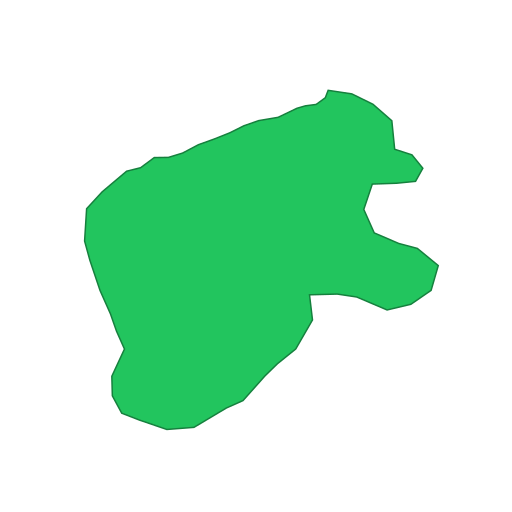 outline of Strongylos, Cyprus, rotated 336°
{"feature_id": "46923920B68545316730877", "entity_name": "Strongylos", "entity_type": "district", "adm_level": 2, "iso_a3": "CYP", "parent_name": "Cyprus", "parent_adm1": "", "projection": "mercator", "projection_center": [33.65, 35.172], "detail": "fine", "context": "isolated", "style": "filled", "palette": "green", "viewbox_px": 512, "rotation_deg": 336, "n_neighbors": 0, "source": "geoboundaries", "source_scale": "gbopen_adm2", "svg_char_len": 847}
<svg xmlns="http://www.w3.org/2000/svg" viewBox="0 0 512 512"><g transform="rotate(336 256 256)"><path d="M172.3,125.9L141.6,134.8L120.5,143.9L105.5,172.6L102.5,192.3L99.5,224.0L99.5,249.7L98.0,267.9L98.0,287.5L75.4,307.2L67.9,325.3L69.4,345.0L82.9,358.6L104.0,378.2L129.6,387.3L167.2,382.8L185.3,382.8L215.4,369.2L231.9,363.1L254.5,357.1L281.6,337.4L289.1,313.2L314.7,323.8L331.3,334.4L353.8,358.6L377.9,363.1L402.0,358.6L418.6,338.9L406.5,314.7L391.5,302.6L373.4,283.0L373.4,257.3L391.5,237.6L414.0,246.7L432.1,252.7L444.1,243.7L439.6,227.0L426.1,214.9L435.1,187.7L424.6,165.0L409.5,146.9L389.3,134.0L383.7,139.6L372.6,142.0L362.2,138.9L353.5,137.7L332.6,138.3L313.5,133.4L298.0,132.1L282.0,132.8L264.8,132.1L248.7,130.9L230.8,132.1L216.1,130.3L203.1,124.7L186.5,128.4L172.3,125.9Z" fill="#22c55e" stroke="#15803d" stroke-width="1.5"/></g></svg>